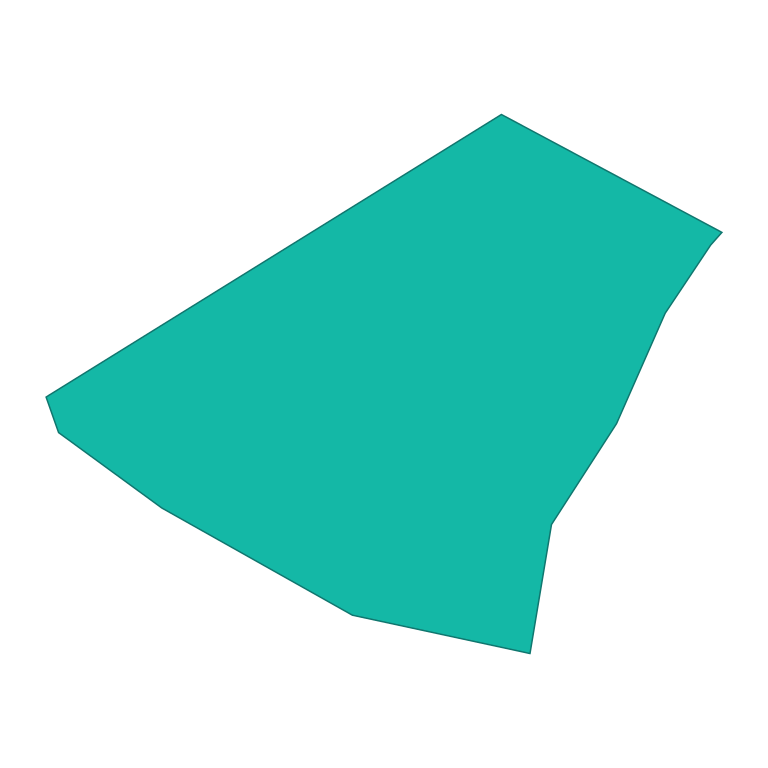 24, Ad Dawhah, Qatar
{"feature_id": "91078587B3857116379359", "entity_name": "24", "entity_type": "district", "adm_level": 2, "iso_a3": "QAT", "parent_name": "Qatar", "parent_adm1": "Ad Dawhah", "projection": "albers", "projection_center": [51.519, 25.27], "detail": "fine", "context": "isolated", "style": "filled", "palette": "teal", "viewbox_px": 768, "rotation_deg": 0, "n_neighbors": 0, "source": "geoboundaries", "source_scale": "gbopen_adm2", "svg_char_len": 319}
<svg xmlns="http://www.w3.org/2000/svg" viewBox="0 0 768 768"><path d="M46.1,397.1L58.6,432.6L161.8,508.0L352.4,615.2L524.9,652.4L529.3,653.4L530.0,653.5L551.5,524.5L616.5,423.7L665.2,313.2L710.7,245.0L721.9,232.4L501.4,114.5L48.7,395.4L48.0,395.9L46.1,397.1Z" fill="#14b8a6" stroke="#0f766e" stroke-width="1.5"/></svg>